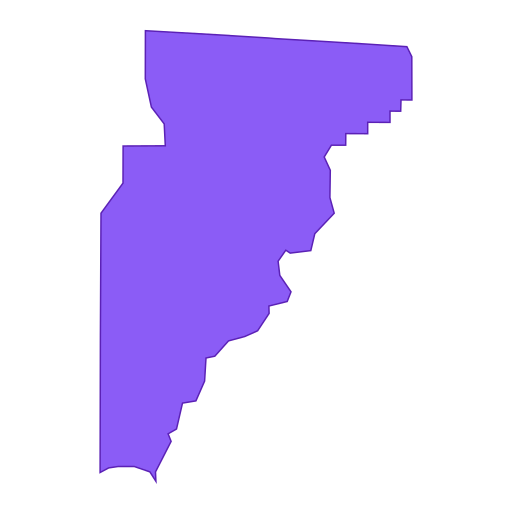 outline of Jefferson, Florida, United States of America
{"feature_id": "52423323B23187437311114", "entity_name": "Jefferson", "entity_type": "district", "adm_level": 2, "iso_a3": "USA", "parent_name": "United States of America", "parent_adm1": "Florida", "projection": "mercator", "projection_center": [-83.844, 30.378], "detail": "fine", "context": "isolated", "style": "filled", "palette": "violet", "viewbox_px": 512, "rotation_deg": 0, "n_neighbors": 0, "source": "geoboundaries", "source_scale": "gbopen_adm2", "svg_char_len": 862}
<svg xmlns="http://www.w3.org/2000/svg" viewBox="0 0 512 512"><path d="M145.4,30.7L145.3,78.9L151.4,107.1L164.2,123.9L165.3,145.8L123.1,146.0L123.0,183.1L101.0,213.2L100.4,336.3L100.1,472.5L108.7,467.9L118.1,466.5L134.3,466.5L149.9,471.9L155.9,481.3L155.5,471.9L171.1,441.4L168.1,433.8L176.5,429.0L182.5,403.1L195.9,400.9L204.6,381.1L206.0,358.0L214.8,356.2L228.5,340.9L244.8,336.5L257.6,330.8L269.1,313.4L268.9,306.0L287.2,301.5L291.0,291.8L279.8,275.4L278.1,261.2L285.8,250.2L290.2,253.1L310.8,250.6L314.8,233.7L334.2,213.2L329.9,197.6L330.3,170.3L324.2,157.0L331.4,145.2L345.7,145.2L345.8,133.6L367.7,133.7L367.7,122.3L390.0,122.4L390.0,111.1L400.7,111.2L401.0,99.9L411.9,100.0L411.8,56.7L406.9,46.7L365.7,44.0L363.9,43.9L319.7,41.2L275.5,38.6L268.6,38.0L246.0,36.6L229.9,35.6L229.4,35.5L145.4,30.7Z" fill="#8b5cf6" stroke="#5b21b6" stroke-width="1.5"/></svg>